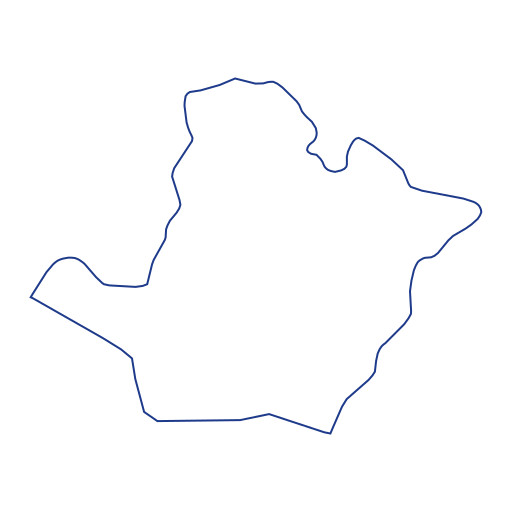 an SVG outline of Sonsonate
{"feature_id": "SLV-1348", "entity_name": "Sonsonate", "entity_type": "Department", "adm_level": 1, "iso_a3": "SLV", "parent_name": "El Salvador", "parent_adm1": "", "projection": "mercator", "projection_center": [-89.666, 13.711], "detail": "fine", "context": "isolated", "style": "outline", "palette": "blue", "viewbox_px": 512, "rotation_deg": 0, "n_neighbors": 0, "source": "natural_earth", "source_scale": "10m", "svg_char_len": 1969}
<svg xmlns="http://www.w3.org/2000/svg" viewBox="0 0 512 512"><path d="M330.4,433.5L324.3,432.3L269.1,414.1L240.1,420.1L157.4,421.1L144.1,411.9L135.3,379.0L132.0,358.4L121.1,349.4L103.2,338.3L32.6,298.1L30.7,297.3L32.7,293.9L46.5,272.1L53.1,264.3L55.5,262.2L57.6,260.7L60.2,259.5L63.1,258.6L68.1,257.7L71.6,257.7L74.7,258.0L77.0,258.8L79.1,259.8L82.7,262.3L84.5,263.8L95.9,277.0L102.2,283.0L103.9,284.2L109.3,285.4L135.6,286.9L142.8,285.9L147.2,284.2L152.1,264.2L153.7,259.9L164.9,239.8L165.6,237.5L166.1,229.3L167.5,225.4L170.0,220.6L176.6,212.7L179.2,208.5L180.4,204.9L179.5,200.0L172.1,176.6L172.6,173.1L174.2,168.2L192.0,141.1L192.5,138.0L191.7,135.9L189.7,131.8L188.1,127.7L186.6,122.5L184.5,105.7L184.7,101.9L185.6,96.2L187.5,93.6L189.9,92.0L200.5,90.4L219.6,85.0L235.1,78.5L255.4,83.6L263.2,83.4L267.9,82.1L270.6,81.8L273.3,81.8L277.4,83.7L282.5,87.5L296.6,101.3L299.2,104.9L301.9,111.3L303.9,113.9L306.6,116.9L311.9,121.8L315.8,128.1L316.7,132.8L316.5,135.3L315.8,137.8L314.7,139.8L313.4,141.4L310.0,144.1L308.5,145.8L307.5,147.8L307.1,150.1L308.2,152.0L311.1,153.8L316.5,154.8L320.5,158.9L322.5,161.9L323.6,164.6L324.6,166.7L326.1,168.4L328.0,169.9L330.8,171.0L335.0,171.9L341.2,170.4L344.4,168.8L346.3,166.8L346.9,164.6L346.9,156.5L348.0,151.6L350.8,145.3L353.1,141.5L354.6,139.8L356.3,138.5L358.7,137.9L364.6,140.6L373.0,145.6L391.4,159.4L403.0,170.2L408.3,183.3L409.4,185.2L410.8,186.9L422.0,190.7L463.5,198.6L473.4,201.8L475.5,202.8L477.3,204.1L478.8,205.5L480.0,207.4L480.9,209.6L481.3,212.1L480.0,215.4L477.7,218.9L471.4,224.5L465.9,228.4L453.1,235.9L448.4,240.3L438.0,253.0L434.5,255.8L431.1,257.3L425.0,257.8L423.1,258.4L419.5,260.5L417.8,262.1L415.9,265.4L413.9,270.2L411.4,280.9L410.0,291.3L411.1,311.0L410.9,314.0L408.5,318.3L404.2,324.2L385.3,343.2L383.5,344.5L381.7,346.2L379.7,349.1L377.7,353.5L376.1,361.0L374.9,371.7L372.5,375.4L368.7,379.8L346.7,399.1L342.0,406.7L332.8,427.8L330.4,433.5Z" fill="none" stroke="#1e3a8a" stroke-width="2"/></svg>